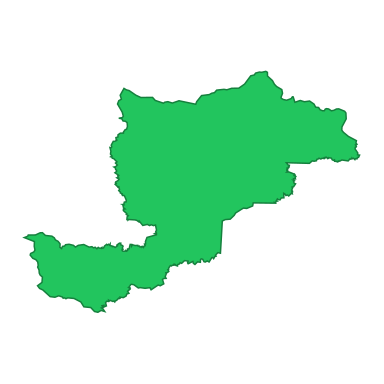 the district of Tarazá, Antioquia, Colombia, rotated 91°
{"feature_id": "7082276B33754043012345", "entity_name": "Tarazá", "entity_type": "district", "adm_level": 2, "iso_a3": "COL", "parent_name": "Colombia", "parent_adm1": "Antioquia", "projection": "natural_earth1", "projection_center": [-75.344, 7.488], "detail": "fine", "context": "isolated", "style": "filled", "palette": "green", "viewbox_px": 384, "rotation_deg": 91, "n_neighbors": 0, "source": "geoboundaries", "source_scale": "gbopen_adm2", "svg_char_len": 6008}
<svg xmlns="http://www.w3.org/2000/svg" viewBox="0 0 384 384"><g transform="rotate(91 192 192)"><path d="M313.0,277.2L310.1,279.2L309.5,280.4L308.9,278.9L307.3,280.0L306.8,278.1L308.5,278.0L307.4,275.6L304.1,276.5L302.7,275.3L302.9,273.6L301.6,273.6L302.4,272.6L301.8,272.0L302.8,269.2L302.4,268.2L303.3,267.3L302.2,266.8L301.7,265.5L299.5,263.5L299.9,263.0L299.4,262.0L298.4,262.2L298.8,258.8L297.1,256.0L295.2,255.5L294.4,253.3L292.4,254.7L290.4,252.4L290.1,252.8L289.4,252.2L288.6,253.5L288.4,252.8L288.0,253.2L285.7,251.7L285.3,250.8L285.8,248.4L288.9,244.0L288.5,242.2L289.1,237.2L288.4,232.4L290.5,231.2L285.6,224.2L286.3,222.1L284.3,218.6L279.9,220.0L279.0,218.7L278.8,216.4L277.1,217.3L274.2,216.3L273.2,216.7L273.0,215.2L271.8,213.8L270.1,214.8L269.9,214.0L268.4,214.0L265.9,212.3L266.3,211.2L265.7,210.6L265.4,208.5L264.9,209.2L264.4,208.7L265.3,208.0L264.9,207.3L265.7,206.9L266.2,205.2L264.8,205.1L264.1,203.2L262.9,202.6L263.5,201.1L260.7,198.2L261.2,194.6L262.9,195.2L263.8,194.6L261.4,189.9L263.3,189.4L264.4,187.8L261.8,185.3L262.1,182.4L259.4,182.3L258.7,181.6L259.1,180.1L261.5,178.8L261.8,177.5L260.7,175.6L261.7,173.7L257.2,171.0L257.2,170.1L258.3,169.2L256.1,168.0L255.7,166.8L254.7,167.4L252.2,165.1L252.7,162.5L220.5,161.2L219.0,158.3L218.5,153.3L214.6,149.4L212.2,148.0L208.5,142.4L207.2,140.3L207.5,137.0L204.9,131.1L201.8,130.6L201.7,108.5L201.0,109.1L201.1,108.1L199.7,107.8L199.6,106.7L199.0,107.4L197.4,106.5L198.2,105.5L198.3,103.8L196.4,102.7L196.2,100.0L191.7,100.3L192.4,99.0L193.9,98.0L193.3,96.6L194.3,95.2L191.7,92.7L192.0,91.7L190.2,92.2L190.1,91.5L189.4,91.5L188.4,92.4L186.6,91.6L185.3,92.0L185.1,90.6L182.0,88.6L181.4,90.1L179.5,90.6L179.0,89.8L178.4,90.8L178.4,90.2L176.9,90.7L177.1,88.8L175.4,89.2L174.8,88.4L173.6,89.3L173.6,90.0L172.9,89.4L172.4,89.8L172.9,90.1L172.2,90.3L170.3,95.4L170.4,97.4L169.7,96.6L168.9,97.6L167.9,97.5L168.0,96.8L166.5,97.3L166.5,96.3L165.4,96.1L165.6,95.5L163.6,95.1L163.4,96.3L161.1,98.2L161.3,75.1L158.8,72.3L159.1,70.5L158.6,68.1L157.2,67.8L156.6,65.9L156.0,65.6L156.8,63.7L156.0,62.6L156.3,60.2L155.9,59.7L155.3,60.2L154.8,58.4L156.0,57.2L155.5,56.6L156.1,56.5L155.4,55.2L155.7,53.3L157.4,52.3L157.9,51.1L157.4,50.1L158.8,49.9L158.9,47.6L159.4,47.3L158.9,46.5L159.5,46.7L158.4,45.6L158.6,44.9L157.4,42.7L158.2,36.4L156.0,34.5L156.4,34.0L156.0,32.6L155.4,32.6L155.9,32.1L155.4,31.3L156.8,29.7L155.8,29.3L156.0,27.6L154.6,27.2L154.5,26.1L152.2,25.1L151.9,27.2L150.1,26.9L146.1,29.7L144.4,29.5L144.2,28.7L143.4,28.4L142.1,29.4L141.4,27.9L140.1,29.0L137.8,28.5L133.7,36.6L129.7,41.6L127.6,43.3L124.3,43.2L116.2,39.1L110.3,39.5L108.6,40.8L106.3,46.7L106.5,49.1L107.8,51.4L108.4,54.0L106.6,56.8L106.3,59.0L106.8,60.2L108.4,61.1L108.5,62.8L107.6,65.3L105.3,66.9L105.0,69.9L102.0,71.5L99.0,76.0L99.8,81.2L98.6,85.4L100.5,90.7L95.1,92.5L95.1,93.3L96.9,94.5L98.6,99.0L97.9,102.4L96.7,104.4L95.7,104.6L91.7,103.2L88.0,104.0L85.1,109.2L82.8,111.5L79.2,113.5L74.8,118.5L71.0,118.7L70.1,120.3L71.1,124.4L70.9,126.7L72.0,130.5L73.9,131.8L74.8,135.3L83.2,141.3L87.4,147.1L87.6,154.1L89.2,158.9L88.8,161.8L89.7,169.1L92.3,171.3L92.9,174.0L94.3,176.4L95.4,184.1L101.6,188.9L104.2,189.8L101.0,206.6L103.4,213.2L102.1,217.7L102.7,220.8L103.7,222.1L101.1,230.3L98.1,233.1L98.4,244.8L96.2,249.8L91.7,256.6L91.0,259.4L89.6,261.8L96.5,265.5L100.4,264.2L102.0,266.8L105.3,268.0L113.3,263.2L117.4,262.0L118.8,262.9L119.5,266.5L120.0,263.5L122.2,262.2L122.4,259.9L123.7,258.1L127.6,257.7L130.4,258.5L130.8,259.9L133.3,261.6L134.3,261.6L134.4,264.7L136.1,267.0L138.3,267.0L138.9,269.0L141.3,268.7L141.3,267.5L142.7,270.1L142.7,271.6L146.6,273.6L148.3,273.0L149.3,273.8L149.0,274.8L152.7,273.8L155.5,274.2L157.3,272.7L158.2,273.9L158.6,272.6L159.6,272.3L160.0,270.8L163.2,267.6L164.4,269.0L166.3,267.1L168.0,268.8L168.4,270.4L169.2,269.1L171.0,268.7L171.5,267.8L172.8,267.8L174.1,269.4L176.6,265.6L177.2,266.5L178.4,265.8L179.1,267.4L180.4,265.1L181.9,266.2L183.3,268.5L184.1,268.7L184.8,267.9L185.6,269.0L187.6,266.9L188.1,265.4L188.7,265.9L189.1,265.0L190.7,264.5L191.9,265.3L193.1,263.8L194.2,263.7L195.0,261.8L195.9,262.0L196.8,261.1L196.6,260.1L197.2,259.4L201.2,257.6L203.0,257.7L203.3,259.5L205.6,260.0L205.7,261.1L206.2,260.0L206.6,260.8L208.9,260.2L210.1,258.7L210.4,260.3L211.8,260.3L214.8,256.8L215.6,257.3L216.8,255.3L217.9,256.4L220.6,256.6L220.5,255.9L221.3,255.6L220.6,255.0L220.9,248.6L221.3,246.8L222.8,244.6L222.0,244.3L226.3,240.6L225.2,236.1L226.3,233.8L225.4,232.3L226.3,229.9L225.7,227.9L230.8,226.8L232.2,227.6L233.3,227.0L234.2,228.5L234.4,226.8L235.4,226.8L238.2,236.2L242.3,237.7L244.7,237.5L244.9,238.6L246.5,237.9L247.0,239.0L248.2,239.5L247.5,240.1L248.1,241.0L247.3,241.1L248.0,242.9L247.0,243.5L247.1,244.9L246.3,245.2L246.5,248.0L245.8,250.5L247.0,251.3L245.5,251.3L245.5,252.9L249.9,253.9L250.1,255.4L251.6,255.4L252.3,256.5L251.5,257.1L252.3,257.6L252.4,260.1L251.8,260.8L250.8,260.9L250.4,260.0L249.3,260.7L247.6,260.0L246.8,260.4L246.2,262.1L244.4,262.4L244.8,263.1L244.4,263.7L245.8,265.5L246.4,266.2L247.1,265.6L248.8,267.9L247.8,269.4L248.0,270.6L247.5,270.7L246.9,273.1L245.6,273.0L246.5,273.6L245.7,274.4L246.5,275.7L245.8,276.4L247.5,278.5L249.5,279.5L249.9,281.1L249.0,281.1L249.8,282.4L249.8,283.6L249.0,284.8L250.4,286.1L248.9,287.9L249.6,289.4L248.4,291.1L248.9,293.9L246.4,299.3L247.3,304.8L249.1,307.6L247.4,309.6L246.4,314.0L246.9,317.5L248.3,318.5L248.6,320.5L250.8,321.4L249.6,323.1L246.2,323.0L243.7,325.0L242.2,327.8L240.3,328.8L238.6,331.3L238.0,337.8L235.3,340.8L235.4,343.0L237.7,347.8L237.9,355.0L239.1,355.5L240.5,358.9L244.3,348.7L249.1,348.8L252.8,348.0L254.7,349.1L256.3,352.3L257.9,352.7L261.1,350.0L262.4,346.9L264.7,345.0L268.1,344.5L269.8,345.0L272.6,343.6L275.8,343.3L277.8,342.3L279.6,340.1L285.0,340.4L288.4,344.8L291.1,342.7L292.5,339.5L299.1,332.0L299.6,327.2L298.1,323.4L299.3,319.7L300.4,319.0L300.1,317.5L300.9,316.2L300.0,314.4L300.5,308.1L303.9,301.2L308.7,298.1L309.3,291.2L313.2,287.4L313.9,284.0L312.0,280.8L313.0,277.2Z" fill="#22c55e" stroke="#15803d" stroke-width="1.5"/></g></svg>